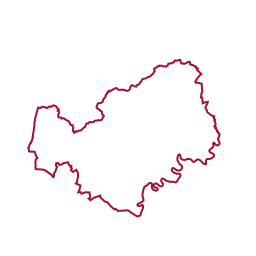 outline of La Apartada, Córdoba, Colombia, rotated 198°
{"feature_id": "7082276B84090204325710", "entity_name": "La Apartada", "entity_type": "district", "adm_level": 2, "iso_a3": "COL", "parent_name": "Colombia", "parent_adm1": "Córdoba", "projection": "albers", "projection_center": [-75.293, 8.043], "detail": "fine", "context": "isolated", "style": "outline", "palette": "rose", "viewbox_px": 256, "rotation_deg": 198, "n_neighbors": 0, "source": "geoboundaries", "source_scale": "gbopen_adm2", "svg_char_len": 5745}
<svg xmlns="http://www.w3.org/2000/svg" viewBox="0 0 256 256"><g transform="rotate(198 128 128)"><path d="M91.7,46.7L91.2,47.3L89.6,48.3L89.2,49.1L89.4,53.0L89.1,54.8L89.1,56.9L89.8,58.7L90.4,59.2L91.0,58.9L92.0,57.9L93.6,57.2L94.7,57.2L95.1,57.4L95.3,57.9L95.3,58.6L95.0,59.1L92.7,61.1L91.4,62.9L90.9,64.0L91.3,64.9L93.3,68.0L93.8,70.0L94.3,74.2L94.3,76.3L93.9,77.5L92.0,79.7L90.9,81.9L90.2,82.5L89.2,82.7L88.3,82.5L87.8,82.0L87.1,79.3L86.6,78.4L86.0,77.7L84.7,77.0L82.7,76.9L82.0,77.0L81.4,77.4L80.8,78.1L80.8,79.1L81.1,79.6L82.0,80.0L84.2,79.9L84.8,80.1L85.5,80.5L85.9,81.1L85.9,82.1L85.4,83.3L84.3,83.9L83.2,83.9L80.4,82.8L79.3,82.6L78.2,82.8L77.4,83.6L77.2,84.4L77.5,85.7L79.6,87.3L80.2,88.1L80.3,89.5L79.6,90.6L79.2,90.8L78.7,90.8L75.4,89.7L72.6,89.7L70.9,90.0L68.0,90.9L66.0,91.0L65.3,91.6L64.8,92.6L64.6,94.6L63.6,97.1L63.4,98.4L63.5,99.2L64.1,100.2L64.8,100.4L67.6,99.6L70.2,99.6L71.3,100.0L72.9,100.9L73.4,101.5L73.6,102.0L73.6,102.6L73.4,103.3L72.6,103.9L71.7,103.9L68.9,103.0L67.2,103.0L65.6,103.7L64.7,104.8L64.4,105.5L64.4,107.6L64.9,108.5L65.7,109.0L67.1,109.4L68.5,110.1L71.1,112.8L71.6,114.1L71.8,115.3L71.9,117.5L71.7,118.1L70.8,118.7L70.2,118.6L69.8,118.1L69.1,116.5L68.4,115.5L67.7,115.0L66.8,114.8L65.0,114.9L64.1,115.2L62.0,116.8L59.8,117.5L59.0,117.6L57.8,117.2L56.0,116.1L54.8,116.1L54.2,116.7L52.9,119.0L51.8,119.7L50.9,119.9L49.3,119.6L45.5,117.6L44.3,117.4L42.9,117.5L42.7,118.2L43.7,120.5L43.7,122.2L43.2,122.9L40.9,123.8L39.8,124.5L37.9,126.7L37.6,127.9L37.8,128.9L38.9,129.8L42.5,130.2L43.4,131.0L43.7,131.5L43.5,132.5L41.3,136.1L41.2,137.1L41.3,138.0L42.2,139.5L42.2,140.1L41.9,140.5L41.4,140.5L39.2,139.2L37.9,139.0L37.2,139.2L36.8,139.7L36.3,140.6L36.2,141.1L36.3,142.0L36.7,142.7L39.1,145.2L39.1,146.5L38.7,147.2L39.1,149.0L38.8,149.9L38.9,150.3L39.8,151.1L40.9,151.3L41.4,152.3L42.5,152.3L42.7,152.6L42.7,153.6L43.3,153.8L44.0,154.3L44.4,154.4L44.1,154.9L44.3,155.4L44.7,155.6L45.2,155.5L45.3,155.8L45.7,156.0L45.7,156.4L46.0,156.4L45.7,156.8L45.9,157.0L45.7,157.3L46.0,158.1L45.9,158.7L46.0,159.2L46.3,159.8L46.7,159.9L47.1,160.5L47.6,161.6L47.8,161.6L47.9,162.0L48.3,162.1L48.3,162.3L47.8,162.8L49.3,163.8L49.6,165.0L50.0,164.9L50.0,165.4L50.2,165.2L50.5,165.6L50.9,165.7L52.6,165.8L57.4,167.5L58.9,169.7L59.5,169.8L60.2,170.5L60.8,172.1L60.0,175.9L60.2,177.5L61.9,176.7L64.6,174.6L65.5,177.1L67.2,179.9L68.1,179.6L68.5,182.2L68.9,183.5L68.4,184.9L71.6,192.9L75.8,192.6L77.6,192.0L78.3,192.9L77.8,195.5L77.1,197.5L76.3,199.5L75.0,202.0L80.3,204.6L80.0,206.1L81.9,206.2L82.3,207.5L82.8,207.5L83.9,207.1L85.3,207.9L88.2,207.6L88.6,207.8L89.2,209.5L90.0,210.0L91.3,209.4L91.8,208.5L92.7,208.0L93.3,207.1L94.6,206.2L95.9,206.4L96.9,205.9L97.3,206.0L98.3,207.0L99.1,208.6L99.5,208.9L100.8,208.3L102.3,207.0L103.1,206.8L104.3,206.8L104.6,205.9L104.7,204.6L105.5,203.9L106.5,203.4L106.9,202.8L109.5,201.6L109.6,199.4L110.8,198.1L111.8,198.2L113.2,197.5L115.5,197.7L116.4,197.2L117.2,197.1L117.5,196.6L118.5,196.4L118.8,196.1L119.2,194.9L121.1,193.0L121.5,192.3L121.4,191.8L120.5,191.0L120.2,190.3L120.2,189.9L120.7,189.0L120.8,187.7L121.0,187.0L122.1,185.7L122.7,184.2L123.5,183.4L125.2,182.2L125.9,181.1L129.2,179.0L129.7,177.7L129.8,175.7L130.6,175.1L130.8,174.8L131.0,172.7L132.6,171.8L133.1,169.8L133.6,169.7L135.1,169.7L136.8,170.0L137.6,169.9L137.9,169.6L138.3,168.3L138.4,165.1L138.8,164.2L139.8,163.3L141.3,162.9L142.7,163.1L145.4,162.7L147.4,161.8L148.6,161.5L150.1,161.7L150.9,162.4L151.7,162.3L153.5,160.9L154.6,159.3L156.1,157.8L156.3,158.1L156.9,157.7L157.4,156.7L157.8,157.0L158.0,156.7L157.7,156.5L158.6,155.4L158.8,154.9L158.6,154.0L159.4,152.4L159.1,151.6L159.3,149.8L160.2,148.3L160.2,145.1L161.0,143.8L164.2,142.2L164.4,141.2L164.2,140.1L164.5,139.7L164.6,139.2L164.2,137.8L163.7,137.3L163.1,137.0L162.0,136.8L160.7,136.7L160.2,135.9L158.1,135.6L157.7,135.1L157.4,134.0L156.6,133.0L154.7,132.0L154.6,131.4L155.1,130.1L155.3,128.4L155.7,127.7L157.0,126.5L157.7,126.3L158.9,126.3L159.7,125.5L161.5,124.9L162.1,124.3L162.4,123.3L162.9,122.6L166.0,122.0L166.7,121.5L167.0,121.0L167.2,120.0L168.3,119.8L168.9,119.4L169.2,115.7L170.8,113.8L171.7,111.4L172.0,111.2L173.7,110.5L174.5,109.8L174.9,108.9L177.2,108.6L177.3,107.0L177.9,106.9L179.6,108.4L180.1,109.6L180.0,111.1L180.1,111.6L181.4,112.6L181.6,113.5L182.6,113.3L184.4,113.7L185.0,114.9L186.5,116.1L190.3,116.7L191.7,117.3L192.3,117.3L194.1,116.4L194.4,116.5L194.7,117.2L197.5,116.7L198.5,118.8L198.3,120.5L198.5,121.8L198.6,122.0L200.0,122.6L199.3,123.2L199.3,123.8L199.8,124.3L201.8,125.3L202.2,125.9L203.3,126.4L205.2,126.7L206.0,126.4L206.7,125.8L207.7,124.3L209.1,124.3L209.6,124.0L211.0,122.0L213.9,122.1L215.2,121.9L216.4,121.4L217.2,120.3L217.8,119.8L219.1,119.8L219.8,119.6L219.3,108.2L218.9,107.3L218.6,103.6L217.7,101.4L215.9,89.7L215.4,89.7L215.7,83.7L216.1,83.7L216.7,78.6L216.3,78.7L215.1,75.2L213.0,75.5L209.5,76.6L206.7,72.9L205.6,71.8L204.9,71.5L205.9,69.5L205.6,66.9L204.2,63.7L204.2,62.8L203.1,60.4L195.4,62.3L192.7,61.9L192.4,61.6L191.3,61.6L190.5,60.9L189.2,60.9L188.9,60.8L188.4,60.2L187.0,60.1L185.0,58.9L184.6,58.4L183.9,58.1L183.6,58.7L184.2,61.5L184.1,62.9L183.7,63.8L183.5,69.1L184.9,69.8L185.4,72.4L184.0,73.0L183.1,72.9L181.7,71.6L179.0,73.7L178.5,74.7L174.4,76.8L172.6,74.5L170.3,74.4L170.6,73.6L170.6,73.1L168.9,72.4L169.3,70.3L166.7,69.2L164.2,72.3L162.3,70.4L161.1,68.3L160.3,65.4L160.3,63.0L159.7,61.0L160.4,59.1L155.5,58.7L155.2,56.5L155.1,54.3L155.4,51.4L153.2,52.4L152.1,51.2L151.3,51.4L148.8,53.6L144.8,54.8L143.6,52.5L142.7,51.2L142.8,49.3L143.6,48.7L141.5,47.7L138.5,51.4L133.5,55.1L132.9,53.5L127.8,51.1L126.6,50.9L124.4,51.0L123.4,50.1L119.7,48.0L115.7,46.4L115.0,47.2L113.0,46.6L112.0,46.0L102.9,49.6L102.1,49.6L101.0,49.3L99.1,48.5L91.7,46.7Z" fill="none" stroke="#9f1239" stroke-width="2"/></g></svg>